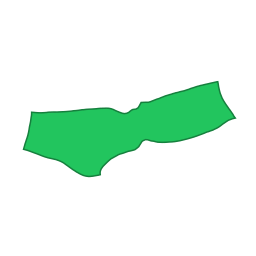 outline of Shibam, Hadramawt, Yemen, rotated 76°
{"feature_id": "15242507B68868493059781", "entity_name": "Shibam", "entity_type": "district", "adm_level": 2, "iso_a3": "YEM", "parent_name": "Yemen", "parent_adm1": "Hadramawt", "projection": "mercator", "projection_center": [48.641, 15.882], "detail": "fine", "context": "isolated", "style": "filled", "palette": "green", "viewbox_px": 256, "rotation_deg": 76, "n_neighbors": 0, "source": "geoboundaries", "source_scale": "gbopen_adm2", "svg_char_len": 3641}
<svg xmlns="http://www.w3.org/2000/svg" viewBox="0 0 256 256"><g transform="rotate(76 128 128)"><path d="M104.8,29.7L104.7,30.5L104.6,33.7L104.6,34.8L104.5,36.8L104.5,39.6L104.4,42.6L104.4,44.5L104.4,45.2L104.4,45.9L104.3,47.6L104.4,48.5L104.4,49.7L104.4,50.9L104.5,52.4L104.6,53.4L104.7,54.6L104.8,56.6L104.8,57.2L105.2,59.9L105.2,61.0L105.3,62.1L105.5,64.6L105.4,68.0L105.4,69.0L105.5,70.4L105.5,71.7L105.4,73.3L105.5,74.6L105.5,76.2L105.7,77.8L105.7,78.8L105.7,79.7L105.8,80.9L105.9,83.5L106.0,84.5L106.2,85.9L106.4,87.4L106.5,88.5L106.7,89.5L106.9,90.7L107.0,93.1L107.3,95.3L107.6,97.5L107.8,99.0L107.9,99.7L108.0,102.0L107.3,104.7L106.4,109.1L109.6,112.0L110.9,113.4L110.9,113.5L111.0,113.6L111.1,113.8L111.1,114.2L111.2,114.3L111.6,115.7L111.2,118.9L111.3,119.2L111.4,119.5L111.4,119.8L111.4,120.0L111.6,120.4L111.7,120.6L112.0,121.4L113.0,123.4L113.4,125.5L113.2,128.0L112.2,130.2L111.2,131.6L110.8,132.3L110.0,133.3L109.4,134.2L108.0,136.0L106.4,137.9L105.2,139.8L104.3,141.7L103.6,144.0L103.1,146.3L102.7,148.1L102.4,149.4L102.2,150.3L102.0,151.6L101.9,152.1L101.7,153.8L101.4,155.7L101.3,156.2L100.8,158.9L100.3,161.4L99.8,164.1L99.5,166.6L99.2,168.0L99.1,169.1L98.9,171.5L98.5,174.5L98.1,176.7L97.9,179.1L97.5,181.5L97.1,184.0L96.7,186.2L96.1,189.1L96.0,189.7L95.5,192.2L95.1,194.1L95.0,194.3L94.9,194.7L94.4,196.8L94.0,198.5L93.9,199.2L93.4,201.5L93.2,203.7L93.1,204.0L92.8,205.9L92.5,207.3L92.3,208.4L91.9,210.0L91.7,210.8L90.8,213.6L90.1,215.6L89.4,217.7L89.8,217.8L90.2,217.9L90.6,218.0L92.2,218.5L94.5,219.5L96.5,220.3L98.5,221.1L101.2,222.4L103.0,223.3L105.9,224.5L108.5,225.7L109.6,226.3L110.8,226.9L112.8,228.1L113.8,228.7L114.8,229.4L116.0,230.1L117.1,230.8L118.5,231.7L119.4,232.2L120.1,232.6L122.0,233.7L123.4,234.5L123.8,233.7L124.1,233.2L125.1,231.4L125.2,231.2L126.5,229.2L128.1,226.9L129.6,224.7L131.0,222.6L132.7,220.2L134.3,218.0L135.9,215.6L137.0,213.7L137.4,213.1L138.3,211.3L139.3,209.3L139.9,208.1L140.5,207.0L141.2,205.5L142.1,204.2L142.8,203.1L144.3,201.1L145.4,199.9L146.1,199.1L148.0,197.5L148.3,197.3L148.6,197.0L150.0,195.8L152.5,193.7L154.4,192.1L155.4,191.2L156.3,190.3L158.2,188.6L159.6,187.0L160.2,186.5L161.9,184.5L162.4,183.8L163.2,182.8L164.4,180.6L165.4,178.2L165.8,176.6L165.9,175.9L166.0,175.1L166.2,173.8L166.4,171.0L166.6,168.2L166.6,167.0L166.6,166.2L165.1,166.0L163.8,165.6L163.1,165.2L162.4,164.8L161.1,163.8L159.3,161.7L159.2,161.6L157.5,158.8L155.9,156.1L155.2,154.8L154.5,153.5L153.8,152.0L153.6,151.4L153.3,150.1L152.9,148.7L152.2,146.0L152.0,145.2L151.6,144.0L151.3,141.7L151.3,141.1L151.3,140.6L151.2,138.4L150.9,135.6L150.7,133.4L150.8,131.0L150.8,128.7L150.7,126.6L149.9,124.6L148.7,122.1L147.3,120.7L145.9,119.2L145.5,118.8L144.7,118.0L144.3,117.4L144.0,116.7L143.9,116.0L143.5,113.9L144.2,111.7L146.1,108.7L147.0,106.3L148.1,104.3L149.0,102.4L149.6,100.3L150.1,98.6L150.2,98.3L150.9,95.2L151.5,91.7L152.1,88.6L152.5,85.8L152.7,83.4L152.9,80.6L152.9,78.3L152.9,75.5L152.9,74.8L152.9,72.9L152.8,70.8L152.8,70.0L152.7,67.9L152.6,65.7L152.5,65.3L152.4,63.4L152.1,60.8L151.9,59.0L151.8,58.0L151.7,57.2L151.5,55.5L151.1,53.1L151.0,52.4L151.0,50.7L150.7,48.5L150.7,48.2L150.5,45.9L150.2,44.9L150.0,43.8L149.6,41.7L148.9,39.4L148.1,37.4L147.1,35.2L146.5,33.5L146.4,33.2L146.0,32.2L145.6,31.1L145.2,29.9L144.8,28.9L144.5,26.3L144.3,24.5L144.3,24.1L144.3,21.5L142.2,22.4L140.2,22.9L139.9,23.0L137.3,24.0L135.4,24.7L133.6,25.5L133.3,25.6L131.4,26.3L129.1,27.2L128.6,27.4L126.5,28.1L124.4,28.8L123.0,29.1L122.2,29.4L119.3,29.8L117.1,30.1L115.6,30.2L115.0,30.2L113.3,30.2L112.9,30.2L109.8,30.1L106.8,29.8L106.2,29.8L104.8,29.7Z" fill="#22c55e" stroke="#15803d" stroke-width="1.5"/></g></svg>